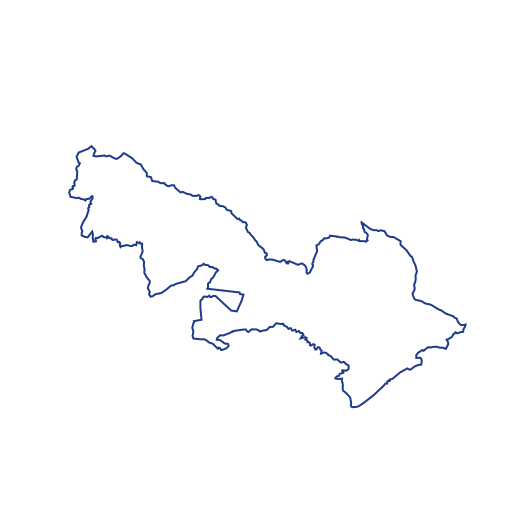 Molango de Escamilla, Hidalgo, Mexico (orthographic projection), rotated 140°
{"feature_id": "50627088B53777409905176", "entity_name": "Molango de Escamilla", "entity_type": "district", "adm_level": 2, "iso_a3": "MEX", "parent_name": "Mexico", "parent_adm1": "Hidalgo", "projection": "orthographic", "projection_center": [-98.759, 20.849], "detail": "fine", "context": "isolated", "style": "outline", "palette": "blue", "viewbox_px": 512, "rotation_deg": 140, "n_neighbors": 0, "source": "geoboundaries", "source_scale": "gbopen_adm2", "svg_char_len": 6100}
<svg xmlns="http://www.w3.org/2000/svg" viewBox="0 0 512 512"><g transform="rotate(140 256 256)"><path d="M252.3,330.1L254.9,330.7L256.8,332.6L258.4,332.3L262.3,335.4L262.4,335.8L260.4,337.2L260.8,339.7L262.8,340.2L265.2,342.2L266.0,343.0L266.5,345.1L269.0,348.1L271.0,352.4L272.9,353.1L274.1,360.3L273.3,362.8L275.4,364.6L277.7,365.3L278.7,366.3L279.7,369.9L279.3,370.7L282.3,373.1L283.2,375.8L287.3,380.1L285.8,384.0L288.2,386.9L288.2,387.5L286.3,389.7L286.4,395.1L285.4,400.1L287.6,404.1L288.1,410.9L290.9,419.4L291.6,419.9L294.8,419.3L300.2,419.8L301.7,421.9L303.7,427.1L306.9,428.7L307.3,430.2L314.4,435.0L316.1,437.1L314.2,438.6L311.4,439.7L311.1,440.4L311.4,445.9L315.5,446.0L325.4,449.2L329.7,447.3L331.8,441.5L331.3,440.3L333.6,439.2L335.9,439.4L337.9,438.2L338.5,435.7L344.1,429.9L346.3,430.2L348.4,428.8L349.0,427.3L350.0,426.4L351.1,427.2L352.0,427.1L352.7,425.3L353.5,425.1L355.7,426.2L358.3,424.8L360.0,420.6L356.0,415.4L354.3,414.6L353.4,412.2L351.4,409.8L351.0,408.1L349.3,408.7L347.2,407.1L343.2,407.3L342.9,406.7L344.3,405.1L347.4,404.3L348.6,402.9L348.7,401.9L350.6,402.5L351.5,402.0L352.1,400.7L354.0,400.5L354.5,398.9L360.6,395.0L366.8,393.0L371.2,390.7L372.3,389.3L372.9,386.8L374.5,385.9L376.3,383.8L374.9,380.9L373.0,378.5L365.8,380.0L366.8,377.7L369.4,375.0L371.4,371.4L369.1,370.1L368.2,372.3L367.0,372.7L366.2,371.7L361.0,370.5L360.5,369.3L360.7,368.5L358.9,366.5L357.0,366.7L357.0,366.1L358.3,365.2L356.5,364.5L356.4,363.3L355.3,362.4L355.8,361.5L355.3,360.1L353.8,359.6L352.2,358.1L352.9,355.3L351.6,354.6L352.0,352.8L353.4,352.1L354.0,349.9L352.3,350.0L351.4,349.0L348.0,347.5L345.2,343.7L343.9,343.1L342.8,343.3L341.6,342.5L340.9,341.3L338.4,343.1L337.5,341.5L336.3,341.3L336.7,339.9L335.3,338.7L337.8,335.9L339.9,332.3L345.2,329.6L345.6,328.7L344.8,326.3L345.5,323.4L348.2,320.7L349.7,317.7L352.4,314.9L353.5,309.5L353.4,305.3L354.6,303.7L357.2,302.7L359.6,300.8L360.4,296.9L362.5,295.5L362.9,292.6L360.9,291.6L357.5,291.3L352.4,288.5L346.1,287.9L340.0,287.9L337.6,286.3L336.0,286.4L326.0,281.9L320.0,282.3L317.1,281.8L314.6,283.0L309.1,284.0L307.0,285.3L303.7,283.7L301.1,283.7L301.0,282.4L298.6,279.7L298.5,277.2L296.5,275.5L295.8,273.2L294.5,271.8L294.2,269.4L297.3,269.2L302.4,267.1L305.2,267.1L308.3,265.3L309.5,265.9L310.8,265.4L313.0,262.7L314.3,262.2L292.0,238.6L292.7,237.1L290.4,234.5L295.6,231.1L306.3,225.9L310.1,230.2L312.7,251.3L314.3,252.9L316.5,253.2L317.3,253.9L317.4,255.7L319.5,255.8L321.7,258.3L323.3,258.4L324.5,257.5L326.7,257.7L327.8,257.0L332.3,251.5L338.7,242.2L345.4,246.0L345.7,245.2L347.4,244.6L351.0,241.9L352.4,238.5L355.9,235.6L357.0,233.0L351.5,227.3L349.2,225.6L347.7,221.8L347.9,220.6L345.5,216.6L344.9,210.0L344.7,209.4L343.5,209.8L342.8,208.9L343.2,206.5L342.8,206.0L338.1,204.4L335.1,204.5L334.6,205.0L334.0,206.7L336.2,209.0L337.6,214.9L339.9,217.0L338.3,218.2L334.4,218.3L332.2,216.2L325.4,213.8L322.5,213.4L322.4,212.8L321.2,212.8L313.4,208.1L311.1,206.3L311.2,203.9L310.7,202.6L306.6,202.7L302.8,199.4L301.6,196.9L301.7,195.8L301.2,195.4L297.3,193.8L296.6,192.9L294.3,192.4L291.2,192.9L288.5,190.8L283.7,191.5L280.0,187.2L279.0,187.0L278.7,186.1L279.2,184.6L277.8,181.7L278.0,179.3L275.8,178.5L276.2,175.5L273.3,174.3L273.9,171.8L271.3,170.9L271.6,168.7L270.0,167.2L270.3,165.0L271.9,165.2L274.7,164.2L270.5,162.3L270.0,160.6L271.9,160.3L271.0,158.2L272.0,156.9L270.8,155.7L270.7,154.5L272.0,153.0L271.4,152.0L268.6,151.6L268.1,150.2L270.0,148.6L270.7,146.3L269.9,145.6L267.0,146.4L266.2,144.8L266.9,142.8L266.5,141.4L269.0,139.4L266.0,138.4L264.7,137.1L264.0,134.0L264.3,133.8L263.1,131.2L263.0,126.6L260.2,124.5L259.6,120.3L258.8,119.3L256.9,118.6L256.3,114.6L255.5,113.0L255.7,112.1L257.8,109.9L260.6,110.1L263.2,112.9L263.9,112.7L263.6,111.1L264.2,110.3L267.5,111.9L269.7,110.9L271.7,111.9L273.8,111.3L272.3,109.0L268.9,106.8L270.0,105.9L272.1,101.7L275.1,98.4L275.8,96.9L275.0,92.8L274.9,86.9L277.5,82.3L278.9,81.2L279.8,79.6L279.3,78.2L275.5,75.5L273.5,74.8L267.1,74.2L255.2,73.8L242.0,74.5L239.1,75.0L238.2,74.9L237.6,74.0L235.6,75.6L233.8,74.3L233.0,75.5L230.5,74.2L220.4,74.2L212.3,72.6L211.4,70.1L210.5,69.6L205.5,69.4L201.9,68.3L199.2,66.6L195.9,69.6L195.4,72.2L198.7,74.9L197.0,77.0L194.0,77.7L188.9,77.0L188.5,75.6L184.4,75.7L182.3,75.2L181.4,73.9L178.3,72.3L175.5,69.9L174.8,68.4L171.3,65.0L170.3,62.8L165.3,64.9L164.2,66.8L163.8,69.4L162.2,68.7L157.8,68.1L154.7,69.4L154.1,69.0L152.1,69.3L151.7,67.7L150.9,67.0L148.7,66.4L146.0,64.8L144.2,66.5L141.1,67.6L139.6,68.8L141.0,69.3L143.5,71.7L143.7,75.4L142.5,79.1L143.7,81.7L143.7,83.2L147.7,90.0L149.0,95.1L150.5,97.7L153.4,106.4L156.9,110.9L158.3,115.2L162.0,120.0L162.1,122.1L160.4,126.5L155.9,128.4L153.0,132.7L151.0,133.5L147.9,136.2L147.0,137.9L142.7,140.8L139.9,146.2L138.9,150.3L137.0,155.3L137.7,156.7L137.0,163.6L138.1,171.6L135.7,174.5L138.5,182.2L141.0,184.5L142.4,187.6L141.6,192.4L143.9,195.5L146.3,196.4L146.8,198.0L149.1,200.0L151.0,203.1L153.5,213.8L154.3,212.8L154.9,209.7L156.2,208.5L156.0,207.1L157.3,204.5L156.6,202.6L156.8,200.1L160.2,197.6L160.5,196.2L162.4,196.2L162.3,196.6L166.9,200.7L166.8,201.4L167.2,201.1L168.7,203.9L171.4,206.5L173.1,207.3L176.0,213.0L179.7,216.4L180.8,218.3L181.9,218.8L182.1,219.6L186.2,224.0L188.2,223.1L191.2,224.5L192.2,225.7L195.5,225.2L196.0,225.7L197.6,225.6L199.7,224.7L203.0,225.2L206.0,220.5L214.6,216.0L215.9,214.5L217.2,214.3L218.2,213.5L218.2,212.2L218.9,211.5L225.7,208.7L228.1,209.5L227.8,211.1L226.2,212.5L225.1,214.6L224.6,217.1L225.5,220.8L229.6,222.4L233.7,230.5L235.2,231.1L235.6,229.8L236.1,229.6L237.2,230.6L236.7,233.7L237.1,234.9L237.9,235.5L241.3,235.9L245.3,242.1L247.8,244.7L250.3,245.8L250.6,246.8L250.5,248.1L249.7,249.4L247.1,249.6L246.2,251.3L247.1,252.9L246.1,255.4L246.0,257.4L247.2,262.5L246.2,267.3L246.5,268.4L246.0,273.1L246.4,274.8L246.1,278.1L246.8,279.5L245.4,284.4L243.0,285.6L242.4,288.1L242.5,288.8L244.3,290.3L244.3,292.4L245.2,294.0L244.9,295.5L246.4,296.3L247.3,304.6L246.1,306.4L248.7,310.2L248.3,312.9L249.6,315.9L251.0,316.9L252.0,318.5L251.7,319.6L252.7,321.6L250.8,325.3L252.1,327.2L251.8,329.2L252.3,330.1Z" fill="none" stroke="#1e3a8a" stroke-width="2"/></g></svg>